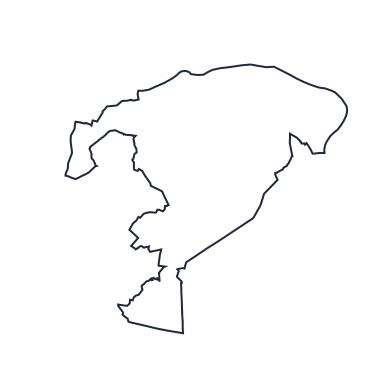 outline of Klintaines pag., Plavinu, Latvia, rotated 194°
{"feature_id": "27541924B20415877652953", "entity_name": "Klintaines pag.", "entity_type": "district", "adm_level": 2, "iso_a3": "LVA", "parent_name": "Latvia", "parent_adm1": "Plavinu", "projection": "mercator", "projection_center": [25.627, 56.641], "detail": "fine", "context": "isolated", "style": "outline", "palette": "slate", "viewbox_px": 384, "rotation_deg": 194, "n_neighbors": 0, "source": "geoboundaries", "source_scale": "gbopen_adm2", "svg_char_len": 5729}
<svg xmlns="http://www.w3.org/2000/svg" viewBox="0 0 384 384"><g transform="rotate(194 192 192)"><path d="M221.3,50.6L220.9,50.7L219.6,50.6L206.3,50.9L194.6,51.0L187.1,51.3L186.8,51.4L184.9,51.4L177.8,51.9L169.3,52.6L166.5,52.8L167.5,55.7L168.5,59.3L168.6,59.7L169.4,62.9L169.7,64.2L169.8,64.2L170.6,66.8L171.6,69.8L172.8,74.2L173.0,74.8L176.3,86.3L178.2,92.3L178.4,93.6L179.8,98.4L180.6,100.9L180.0,101.1L180.4,102.7L185.9,105.9L186.2,106.3L185.7,112.0L186.6,112.9L187.6,113.5L187.4,113.7L187.0,113.8L182.7,115.9L180.8,115.8L180.7,116.9L180.8,118.9L180.6,122.4L172.0,131.8L171.5,132.4L165.5,139.0L163.6,141.2L158.8,146.1L158.7,146.1L156.4,148.7L156.1,148.9L138.8,167.8L126.7,181.0L126.2,181.8L125.0,185.8L123.9,190.1L122.4,195.1L122.4,195.5L122.3,197.0L122.2,197.9L121.7,206.9L121.7,207.2L121.7,207.6L121.6,207.8L115.2,218.8L111.9,224.5L113.2,226.1L115.6,229.2L115.8,230.8L114.8,230.9L111.6,234.0L110.1,235.3L109.4,235.8L109.5,236.0L109.4,236.5L109.3,237.0L108.5,238.5L107.0,239.5L106.5,239.9L106.1,241.0L106.1,241.8L105.2,243.0L105.1,244.1L104.7,245.7L104.0,248.4L103.9,251.0L103.3,251.1L105.1,254.8L108.9,262.9L108.8,263.0L109.3,264.6L109.8,267.4L111.0,272.2L104.2,270.3L102.8,269.7L98.9,267.4L99.1,267.0L97.0,265.5L94.6,266.3L93.8,265.3L93.0,266.4L92.7,267.1L90.2,264.9L88.4,263.2L87.2,262.0L86.0,260.5L84.3,258.4L83.7,258.5L77.2,260.9L72.9,261.9L73.8,264.7L74.2,269.0L73.6,273.1L71.5,279.4L69.3,283.0L65.7,287.9L63.9,292.1L62.1,297.3L61.0,302.6L60.9,307.0L61.6,310.0L63.0,312.9L69.5,318.8L77.3,323.3L82.0,324.2L87.8,324.7L93.7,324.1L99.1,324.4L103.8,324.9L109.7,325.7L117.9,327.4L124.0,329.1L142.8,333.4L149.9,331.1L158.0,330.4L165.9,329.9L173.8,327.2L185.7,322.3L194.9,318.8L201.6,315.5L205.7,312.1L209.2,308.6L214.8,306.9L220.6,306.2L221.6,306.1L223.5,307.6L227.4,308.0L229.6,307.2L231.9,306.2L233.6,304.0L235.1,301.6L238.5,297.5L245.5,291.0L252.8,285.4L258.6,280.8L264.3,278.3L268.6,277.3L268.5,274.0L266.2,268.8L270.7,266.6L272.9,266.6L273.6,266.3L273.8,266.6L274.2,266.3L274.6,266.1L277.2,264.8L279.1,264.3L281.1,263.6L281.8,263.3L282.6,262.5L284.6,259.5L285.2,258.8L285.4,258.2L286.2,257.7L287.2,257.3L295.1,254.5L295.3,254.3L296.6,251.1L297.7,249.5L298.1,248.9L298.2,248.0L297.9,247.4L300.6,239.0L300.8,238.8L301.1,237.4L305.2,237.5L305.7,237.3L305.6,232.2L306.2,232.6L306.9,232.7L306.9,232.8L310.5,233.2L311.3,233.4L311.6,233.4L311.7,233.2L311.8,233.3L313.4,232.4L315.1,232.5L316.3,232.4L316.9,232.5L316.9,232.3L318.3,232.4L319.3,232.2L321.8,232.1L322.1,231.9L321.9,231.1L321.7,227.6L321.2,225.2L321.4,224.1L323.0,218.1L323.1,217.4L323.0,216.4L322.4,213.4L321.6,210.6L318.2,202.0L318.0,201.2L317.9,200.4L318.0,199.3L318.8,192.9L319.1,190.3L319.1,189.7L319.0,189.0L318.5,186.4L318.3,185.3L318.2,184.5L318.2,183.9L318.3,183.4L318.7,181.5L318.9,180.0L318.9,178.6L318.8,177.8L318.7,177.3L318.3,177.4L315.1,177.2L311.8,176.6L308.0,176.4L306.8,177.5L305.8,178.2L304.9,179.0L304.1,179.7L302.0,181.6L300.5,182.7L298.8,184.2L296.9,185.9L294.5,189.7L291.9,193.7L290.9,194.2L292.3,194.8L293.8,197.1L295.1,198.8L297.3,200.2L298.0,201.4L298.1,201.8L298.4,203.1L298.4,203.9L299.1,205.3L300.1,206.8L301.4,208.3L301.9,209.3L301.7,209.6L301.7,209.8L301.5,210.4L301.5,210.8L301.7,211.0L300.9,212.1L297.6,216.3L296.3,217.9L295.6,218.7L295.1,219.8L294.4,220.5L293.7,221.5L292.5,222.9L291.7,223.7L291.0,224.6L289.7,226.5L288.3,229.0L286.5,231.4L283.0,232.6L282.0,233.4L275.4,232.2L273.1,232.0L272.2,231.4L272.0,231.9L270.1,231.5L264.4,232.4L264.2,232.7L262.9,232.2L262.8,232.3L262.5,232.6L260.3,232.9L261.5,230.7L261.7,229.4L261.6,229.0L260.7,227.8L260.7,226.9L260.6,226.7L259.6,225.4L259.5,225.2L259.6,224.5L258.8,222.9L257.4,221.6L256.3,220.1L255.3,216.9L255.4,216.7L257.0,215.2L257.0,213.0L256.9,210.4L256.9,210.2L257.7,208.9L257.5,208.5L256.9,207.8L255.5,206.7L255.4,206.2L255.0,204.6L253.9,200.2L253.8,199.9L251.2,199.3L249.8,199.4L249.7,199.5L249.1,201.5L246.8,200.8L246.6,200.6L245.4,200.4L241.5,196.4L239.3,194.5L237.0,192.6L237.1,192.4L234.7,190.6L233.4,188.0L225.1,186.3L224.0,186.0L221.2,185.4L217.2,180.4L211.6,173.7L212.6,173.3L212.6,173.1L213.0,172.2L214.7,172.0L214.3,168.6L215.5,166.2L219.5,166.8L221.2,166.4L221.3,166.4L221.9,163.6L221.9,163.4L222.0,163.3L222.2,163.2L222.7,163.1L228.3,162.2L229.1,161.6L230.7,161.0L233.7,159.1L235.5,155.5L236.1,154.4L237.9,154.9L239.2,150.6L241.6,147.4L243.6,140.2L233.1,134.4L238.0,124.9L234.0,123.5L232.8,122.7L232.5,123.0L232.2,123.2L231.9,123.5L231.8,123.8L231.6,124.1L230.9,124.4L230.6,124.9L230.7,125.0L230.4,125.4L229.6,126.4L228.9,127.0L228.2,127.2L227.8,127.2L227.0,127.1L225.6,126.4L224.9,126.4L224.5,126.6L223.6,127.5L221.1,128.1L220.9,128.5L220.6,128.7L220.6,126.2L218.1,123.8L212.5,126.6L208.0,128.8L207.9,126.8L208.0,123.7L207.3,117.6L207.1,115.3L206.7,112.5L206.5,112.4L200.2,113.1L201.2,112.3L204.5,105.6L204.3,104.8L204.2,104.8L203.0,101.0L202.0,98.0L202.2,97.9L203.6,98.8L203.9,99.2L204.3,98.9L204.5,98.9L204.6,99.3L204.4,99.7L204.5,99.9L204.9,99.9L205.3,99.7L205.2,99.2L205.2,98.9L205.3,98.8L205.6,99.1L206.2,99.0L206.7,98.6L207.0,98.8L207.3,98.8L207.7,98.9L208.0,99.2L208.2,99.3L208.3,98.9L208.7,99.0L209.2,98.8L209.8,98.8L210.0,98.7L210.2,98.3L209.7,98.0L209.6,97.7L209.1,97.0L209.9,96.6L211.4,97.4L211.6,96.9L212.4,95.4L212.7,95.1L213.9,94.7L214.7,94.0L214.8,93.6L215.4,92.8L215.9,92.0L216.0,91.7L216.6,90.8L217.8,89.4L218.1,88.4L217.9,87.9L217.3,86.8L217.0,86.1L216.4,85.2L216.8,84.0L217.4,82.9L217.6,82.1L218.3,80.8L218.4,80.5L218.6,80.1L218.7,79.6L218.8,79.5L219.8,78.8L220.8,78.3L221.4,77.8L222.8,76.0L223.1,75.3L223.3,72.5L226.1,72.5L225.5,68.8L227.3,65.9L230.8,65.4L235.6,65.0L236.4,65.0L236.4,64.7L236.1,63.6L229.8,58.5L229.7,58.4L229.6,57.3L229.7,56.2L226.1,54.5L223.8,53.5L222.5,51.1L221.3,50.6Z" fill="none" stroke="#1e293b" stroke-width="2"/></g></svg>